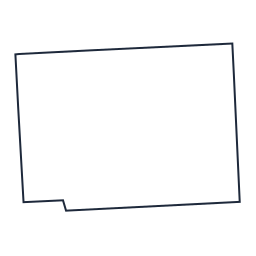 the district of Day, South Dakota, United States of America, rotated 177°
{"feature_id": "52423323B43652736697030", "entity_name": "Day", "entity_type": "district", "adm_level": 2, "iso_a3": "USA", "parent_name": "United States of America", "parent_adm1": "South Dakota", "projection": "natural_earth1", "projection_center": [-97.508, 45.37], "detail": "fine", "context": "isolated", "style": "outline", "palette": "slate", "viewbox_px": 256, "rotation_deg": 177, "n_neighbors": 0, "source": "geoboundaries", "source_scale": "gbopen_adm2", "svg_char_len": 291}
<svg xmlns="http://www.w3.org/2000/svg" viewBox="0 0 256 256"><g transform="rotate(177 128 128)"><path d="M159.6,207.5L232.7,207.6L236.6,207.4L236.6,154.3L236.2,59.4L196.7,59.2L194.2,48.7L20.3,48.4L19.5,175.1L19.4,206.9L159.6,207.5Z" fill="none" stroke="#1e293b" stroke-width="2"/></g></svg>